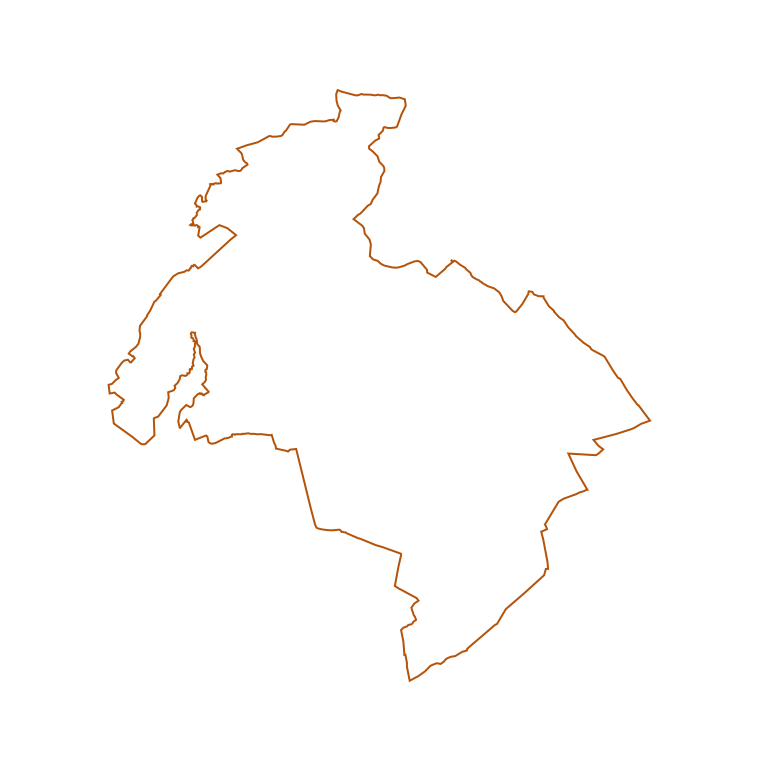 Voinesti, Iasi, Romania, rotated 104°
{"feature_id": "2599482B56486568055847", "entity_name": "Voinesti", "entity_type": "district", "adm_level": 2, "iso_a3": "ROU", "parent_name": "Romania", "parent_adm1": "Iasi", "projection": "albers", "projection_center": [27.415, 47.064], "detail": "fine", "context": "isolated", "style": "outline", "palette": "amber", "viewbox_px": 768, "rotation_deg": 104, "n_neighbors": 0, "source": "geoboundaries", "source_scale": "gbopen_adm2", "svg_char_len": 6166}
<svg xmlns="http://www.w3.org/2000/svg" viewBox="0 0 768 768"><g transform="rotate(104 384 384)"><path d="M102.7,432.7L102.3,438.2L104.8,445.4L105.1,447.1L103.7,451.1L104.0,455.0L104.8,457.6L104.6,459.3L106.2,462.9L106.5,467.1L108.2,474.0L108.0,475.8L110.2,479.2L110.8,481.6L110.6,495.0L110.1,500.1L114.5,500.5L120.6,498.6L125.0,496.2L129.1,492.2L130.6,492.7L136.4,492.6L140.5,493.5L141.1,494.6L141.1,496.5L139.7,496.7L141.1,500.8L143.1,504.0L143.9,506.3L145.6,514.7L147.3,518.8L151.7,524.0L154.2,536.4L154.9,537.9L161.8,540.4L163.4,541.6L167.0,542.8L168.1,543.7L169.9,547.9L171.1,552.5L170.9,553.8L171.2,555.4L179.9,564.8L185.4,574.6L191.3,583.5L194.3,578.6L195.5,577.4L200.5,574.9L202.4,572.4L203.2,570.1L204.2,569.5L208.9,573.7L211.3,574.4L212.1,575.4L212.6,576.6L212.6,580.3L215.3,585.1L215.1,587.4L217.0,589.8L218.6,590.9L219.0,593.2L221.2,596.3L223.7,592.5L228.2,590.7L228.9,591.3L229.3,593.1L229.9,593.9L229.8,595.7L230.2,596.5L231.7,597.9L231.9,598.4L231.3,598.7L232.2,601.1L233.5,600.4L244.0,602.4L246.7,602.3L248.3,601.4L249.1,600.4L249.9,600.8L250.0,601.7L251.2,604.1L250.3,604.9L246.5,605.9L245.4,607.9L246.2,608.9L248.2,610.0L254.7,611.1L255.3,609.7L257.2,608.7L256.6,607.6L257.1,605.1L259.2,604.8L259.6,605.8L263.1,607.1L265.6,606.5L268.8,608.1L269.4,609.1L270.2,608.9L271.3,609.6L274.6,607.6L275.8,610.0L276.6,610.5L276.8,609.4L276.0,606.5L276.1,605.8L275.1,604.4L275.5,602.9L276.7,602.5L276.1,601.4L276.5,600.8L285.0,600.2L286.4,597.5L269.7,582.2L270.7,573.7L275.4,563.5L281.1,567.9L314.1,589.7L316.8,592.4L314.5,596.0L314.3,597.1L315.9,597.6L315.6,598.5L315.9,599.2L318.4,599.6L319.0,600.4L320.0,600.2L321.2,601.0L321.4,603.0L323.5,604.9L326.3,610.4L330.4,614.4L331.7,615.1L351.1,623.2L351.6,622.2L358.8,625.7L359.6,626.7L369.2,628.6L374.7,630.5L375.6,630.3L386.6,634.8L391.6,634.1L393.9,632.8L397.1,632.0L404.3,632.0L408.2,633.8L413.8,638.1L416.3,639.0L418.1,634.4L417.7,634.0L419.3,632.1L424.3,634.7L424.4,635.4L422.4,638.4L424.1,641.7L426.8,643.5L435.5,647.1L438.1,646.6L442.3,642.8L444.9,645.1L449.8,648.1L451.4,651.0L459.6,647.9L457.5,643.2L458.9,641.0L462.3,632.6L463.4,632.7L464.7,634.2L465.6,633.3L466.2,634.0L470.7,635.8L475.5,641.4L487.7,636.6L496.0,615.9L500.9,605.3L500.9,603.5L500.1,601.1L489.4,594.3L473.2,599.0L472.5,598.6L470.4,595.3L457.4,589.7L449.6,589.5L444.2,591.4L441.0,586.6L438.4,585.5L436.4,586.8L433.1,584.6L428.8,583.4L425.7,583.6L424.4,582.1L424.2,578.5L422.4,577.0L421.1,577.3L420.8,575.7L419.9,575.3L416.6,576.0L416.3,575.7L416.6,574.7L416.0,574.0L413.6,574.5L412.3,573.2L410.2,574.6L406.0,574.8L403.8,574.2L401.5,575.7L399.3,574.9L396.0,577.1L393.3,576.5L390.9,577.2L388.6,577.0L388.3,577.6L388.5,579.1L387.5,579.1L385.7,580.7L385.8,581.8L385.6,582.2L383.3,582.6L381.9,583.6L380.4,583.1L380.0,579.7L381.4,579.5L384.4,577.9L385.6,576.8L390.4,574.9L392.4,572.0L393.3,571.5L398.3,570.1L401.5,568.2L405.4,565.0L408.6,560.1L409.3,559.8L412.8,559.6L413.2,560.5L414.2,560.6L415.5,560.3L415.7,559.4L418.3,558.6L420.5,558.7L422.8,557.7L425.2,558.3L428.3,560.3L434.0,552.2L434.8,552.6L437.8,555.9L438.5,556.0L438.3,557.7L437.6,557.9L437.3,558.6L438.0,559.7L437.5,559.9L437.5,560.5L438.8,562.1L443.8,565.1L448.9,564.2L451.4,564.5L453.1,566.1L453.3,566.7L452.2,570.8L458.2,574.5L460.9,575.3L470.3,574.5L475.7,571.7L475.9,571.3L466.5,566.9L467.2,566.1L468.3,566.0L468.5,564.1L483.9,553.9L477.0,544.2L477.7,542.7L482.7,540.3L483.6,538.5L483.6,536.4L481.8,532.9L475.5,525.7L474.0,522.0L472.0,519.7L471.9,518.9L469.9,519.2L469.2,518.3L469.3,516.3L468.5,515.5L467.3,510.2L466.5,509.2L466.6,508.7L464.7,503.8L464.5,500.1L463.9,498.9L463.5,495.1L462.4,491.2L461.3,482.1L460.5,480.7L467.5,476.5L469.9,474.4L472.8,473.2L472.5,462.2L472.8,460.8L470.5,459.4L468.3,453.5L523.2,424.5L537.2,416.8L539.7,414.8L540.1,413.3L540.1,409.3L539.5,403.7L538.5,398.7L536.1,392.1L536.7,390.6L537.8,389.3L537.4,388.4L537.6,386.9L537.2,385.4L537.8,384.4L539.9,371.9L539.9,369.7L542.3,353.4L542.6,346.2L544.6,326.5L545.8,326.0L557.7,325.8L577.4,324.6L578.9,320.0L583.9,300.4L585.9,298.1L589.7,301.5L594.5,303.3L601.2,299.1L602.3,297.7L605.1,295.8L607.7,298.1L609.6,298.5L611.1,300.1L611.3,301.2L612.3,302.4L613.5,302.9L615.7,306.2L618.6,307.9L629.2,302.9L641.9,298.7L641.4,297.8L649.0,294.3L652.7,293.4L665.7,287.3L659.0,279.9L652.8,274.6L646.4,270.9L645.3,269.7L642.2,265.4L641.9,261.3L639.0,258.8L635.9,257.3L634.4,255.8L632.4,252.9L630.8,249.1L624.9,243.3L622.6,239.1L620.9,239.2L619.0,238.0L591.0,218.1L589.5,216.3L572.9,211.3L553.5,197.6L530.8,182.4L524.3,182.2L523.7,180.1L517.6,182.1L496.3,191.9L489.3,195.7L485.4,190.7L482.5,192.6L481.5,193.9L456.0,186.1L451.8,181.9L444.3,170.8L441.9,168.0L439.4,163.8L437.6,162.0L437.4,161.1L422.1,176.1L406.9,188.3L401.8,161.1L399.8,159.2L394.4,155.5L392.1,160.9L387.6,167.2L376.3,146.6L368.1,133.3L366.5,131.1L360.3,124.7L355.2,117.0L343.1,131.9L342.9,132.9L338.3,138.7L331.6,146.4L321.8,156.1L321.5,158.3L315.5,165.1L304.2,176.5L303.5,178.3L300.6,190.1L299.8,191.6L298.3,193.1L295.6,200.6L291.0,209.4L289.5,211.1L284.4,219.0L278.8,225.1L277.0,230.0L272.6,236.6L271.8,236.8L268.8,242.7L261.6,250.1L260.3,250.4L261.4,255.2L260.8,260.2L258.7,262.4L259.1,266.0L261.8,265.8L273.1,269.2L281.9,273.3L282.6,274.6L281.9,276.9L274.6,288.3L270.2,291.3L267.2,294.3L264.6,300.2L264.0,306.8L262.2,313.2L261.4,314.1L261.4,315.2L260.4,316.8L260.1,319.2L258.9,323.5L257.4,325.6L255.2,327.1L252.6,332.4L251.7,333.1L249.8,339.2L247.8,343.4L247.4,345.5L248.3,346.3L247.7,348.3L248.1,348.4L248.9,346.7L255.5,351.8L257.6,352.6L267.6,359.7L265.4,369.1L262.8,369.9L256.9,378.0L256.4,380.9L257.6,384.0L262.2,390.6L263.7,392.0L266.9,397.2L268.1,400.0L268.9,404.2L269.0,412.5L268.1,416.2L266.1,419.7L265.7,424.8L263.3,428.7L251.8,430.5L247.2,433.1L242.8,439.0L237.6,441.2L235.7,443.3L231.4,453.4L226.0,450.0L225.1,448.8L223.2,447.5L214.8,442.8L212.6,440.4L207.7,439.5L200.7,436.5L193.2,436.8L188.8,436.2L183.9,437.0L177.1,435.1L174.1,436.2L172.5,437.5L169.6,442.2L164.6,445.4L161.1,451.1L159.3,455.3L157.0,456.1L149.8,451.3L147.3,448.3L146.5,448.1L143.7,449.5L138.6,446.4L135.2,446.4L134.6,445.5L134.7,442.8L134.0,439.5L132.2,434.6L130.9,433.6L117.8,432.2L108.7,430.2L102.7,432.7Z" fill="none" stroke="#b45309" stroke-width="2"/></g></svg>